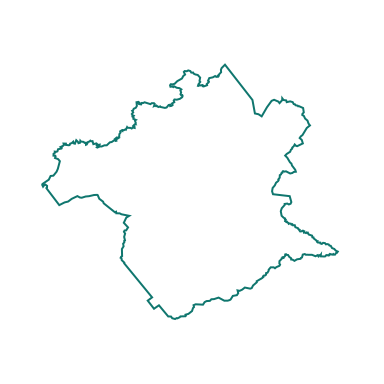 the district of Builsa North, Upper East, Ghana, rotated 247°
{"feature_id": "2480657B79468660523811", "entity_name": "Builsa North", "entity_type": "district", "adm_level": 2, "iso_a3": "GHA", "parent_name": "Ghana", "parent_adm1": "Upper East", "projection": "robinson", "projection_center": [-1.22, 10.711], "detail": "fine", "context": "isolated", "style": "outline", "palette": "teal", "viewbox_px": 384, "rotation_deg": 247, "n_neighbors": 0, "source": "geoboundaries", "source_scale": "gbopen_adm2", "svg_char_len": 5997}
<svg xmlns="http://www.w3.org/2000/svg" viewBox="0 0 384 384"><g transform="rotate(247 192 192)"><path d="M79.3,179.3L78.0,182.5L77.8,184.6L78.0,185.6L80.4,189.0L79.5,193.0L80.8,195.0L83.6,195.5L82.4,197.2L82.5,200.0L83.4,203.3L80.3,207.8L80.2,209.4L82.1,211.7L83.6,216.4L84.6,216.7L85.4,223.1L85.9,224.5L86.6,224.4L87.0,225.5L86.6,226.8L87.0,227.9L88.4,228.5L88.2,229.9L89.6,231.8L90.5,232.2L91.9,235.0L90.7,237.8L89.4,238.6L89.9,240.3L89.9,243.6L90.7,244.7L92.1,244.5L94.2,245.5L95.3,248.2L96.0,248.7L95.6,250.2L96.5,250.2L96.2,251.6L96.9,252.9L98.1,253.4L98.0,254.2L97.3,254.3L96.5,255.8L94.2,256.2L92.4,257.3L91.1,256.9L90.5,258.1L88.6,259.4L89.0,262.4L88.1,265.8L88.7,266.4L88.8,267.7L91.1,269.5L90.8,271.6L89.8,272.2L87.3,277.9L84.6,280.6L84.8,282.8L83.4,283.2L84.2,284.4L83.4,285.1L84.0,286.1L82.5,285.3L80.9,288.7L80.7,289.7L81.4,290.7L81.3,291.6L80.3,292.6L80.9,294.1L80.3,294.1L80.7,295.3L79.5,296.6L79.7,297.8L78.9,298.0L78.5,299.3L79.5,300.5L79.4,301.7L80.2,302.9L81.7,301.5L84.0,300.7L85.7,299.0L88.2,298.7L89.0,297.6L90.3,297.3L91.3,296.0L91.5,294.8L93.0,294.4L94.0,292.8L93.5,291.2L94.5,290.1L95.3,290.3L96.4,288.0L97.1,287.7L97.7,288.2L97.9,287.6L98.7,287.6L101.7,285.9L102.7,286.1L103.3,285.1L104.9,285.5L107.2,282.9L109.2,282.7L109.0,282.2L110.0,281.6L109.7,280.8L111.0,279.7L110.9,279.2L111.5,279.2L112.1,279.9L113.1,279.0L113.1,276.9L113.5,276.1L115.1,275.8L115.3,276.2L116.6,275.3L117.3,275.4L119.2,273.4L121.3,273.6L121.9,271.9L123.1,271.8L123.1,270.8L124.1,270.7L125.0,269.4L124.9,268.6L126.1,268.5L127.4,267.2L127.8,267.6L128.8,266.4L129.9,267.4L130.4,266.8L131.3,267.3L132.5,266.3L135.1,265.2L139.6,266.2L142.0,268.3L143.8,272.2L144.8,272.6L144.1,275.2L142.7,276.3L142.7,278.2L143.9,279.5L150.0,280.3L158.3,265.7L161.4,266.0L164.2,267.8L165.7,270.8L167.7,273.0L168.4,275.5L169.2,276.5L169.9,276.4L170.9,278.3L173.2,279.4L173.4,280.8L174.5,281.8L174.4,282.7L175.4,283.3L175.6,284.0L174.7,284.9L174.3,286.6L170.7,289.6L170.3,291.8L170.7,293.5L170.1,295.5L172.1,295.7L177.3,294.4L179.3,294.6L181.0,293.8L186.3,293.1L189.1,292.0L190.0,294.0L190.7,298.1L192.2,299.5L192.8,301.2L193.7,301.6L194.4,303.6L195.6,305.1L193.8,305.8L193.1,306.7L193.4,313.0L197.0,313.4L199.6,312.2L200.7,313.9L201.2,315.9L206.1,322.7L207.2,326.6L209.4,326.0L212.6,326.2L215.4,324.8L218.3,324.7L219.8,323.6L220.7,324.1L221.6,326.0L225.9,327.1L229.2,324.0L229.4,323.2L230.2,323.0L231.4,321.2L232.4,321.1L233.2,320.0L235.4,319.8L237.1,317.7L237.7,314.3L239.5,314.5L240.9,312.2L243.0,311.7L241.3,310.9L239.6,307.3L241.5,306.8L244.8,303.6L244.8,300.9L240.7,294.1L234.4,285.7L237.6,283.6L239.7,280.6L253.1,283.6L296.3,272.1L294.5,267.7L293.2,266.4L290.9,265.6L289.0,261.4L288.4,261.9L287.9,261.2L288.5,259.3L289.7,258.6L289.4,256.0L290.1,252.4L288.1,250.2L287.1,250.7L286.5,250.3L285.6,247.8L284.4,247.6L284.6,244.0L285.1,243.3L285.8,243.8L286.4,243.4L286.8,241.4L287.8,240.3L287.1,239.5L287.4,239.0L288.7,240.1L290.1,242.6L291.3,242.3L294.1,244.2L297.5,243.0L298.9,241.0L300.3,239.8L301.5,239.7L302.2,238.0L304.0,237.7L305.4,236.0L305.2,234.4L306.2,232.5L305.7,231.4L302.8,231.5L302.2,229.3L300.4,227.1L299.8,221.8L298.4,218.3L298.6,216.4L299.5,214.5L298.8,213.5L297.3,213.3L296.8,215.1L295.9,215.7L296.3,216.8L293.9,218.7L292.5,221.0L290.6,222.3L290.0,221.0L287.9,220.9L286.4,219.6L285.2,219.9L285.0,220.9L284.1,220.9L283.1,220.0L282.5,217.2L282.9,214.1L284.0,212.0L283.3,210.9L281.6,210.8L281.3,208.3L279.6,208.1L279.3,206.8L279.6,205.5L280.9,206.0L281.2,204.5L279.7,201.6L280.0,199.9L282.7,196.1L283.2,196.1L283.4,194.2L285.4,193.1L285.1,192.4L285.9,191.8L285.9,190.6L287.6,192.1L288.6,191.7L289.5,189.6L289.1,188.1L293.1,183.4L293.0,181.9L293.6,180.6L292.5,179.4L293.4,178.0L293.9,178.8L295.5,178.1L295.1,176.9L295.4,176.3L296.1,176.9L296.3,176.0L292.8,174.9L291.5,173.2L291.4,170.9L290.1,169.5L290.1,168.7L288.3,169.0L287.3,167.1L286.2,167.4L285.5,166.9L284.9,168.0L284.2,166.9L283.5,167.4L282.3,166.6L280.3,168.5L280.1,167.4L277.4,167.2L276.7,166.3L276.3,166.4L276.6,165.5L275.8,163.7L274.7,164.6L273.4,164.2L274.4,162.8L274.0,161.3L275.0,160.5L276.3,157.8L277.1,157.6L275.2,155.5L275.7,155.2L275.5,153.5L276.1,152.4L275.4,151.9L276.2,151.4L275.9,149.6L274.7,149.5L273.7,147.8L271.4,146.6L270.7,145.3L271.6,144.1L271.2,142.8L270.3,144.6L270.0,142.7L268.7,142.4L268.9,141.6L270.1,141.4L269.4,137.6L269.8,135.8L268.3,131.8L269.2,129.5L269.2,126.6L269.9,125.0L269.9,122.2L270.3,121.9L270.6,122.8L271.3,122.9L270.9,124.6L271.7,125.4L272.5,122.7L273.4,123.3L274.1,123.0L274.6,119.9L277.7,120.3L278.0,119.1L279.0,118.5L278.5,117.3L278.7,115.9L276.9,113.7L276.9,112.9L278.8,113.6L279.2,112.3L280.5,111.8L281.8,109.5L282.8,109.2L281.1,108.1L281.3,106.6L282.7,106.6L284.9,105.7L282.2,103.1L283.0,102.1L284.7,102.3L284.0,100.5L284.1,98.7L283.1,97.8L283.1,97.0L284.7,94.2L285.8,94.8L286.8,92.7L285.5,92.5L284.9,91.5L284.8,88.6L283.4,89.3L283.0,88.8L283.7,85.4L282.0,84.0L282.0,82.9L282.8,81.5L281.7,81.2L281.3,79.5L279.6,78.7L278.9,80.3L278.2,80.4L276.8,79.2L274.6,81.6L272.0,82.4L265.8,77.6L263.6,75.3L261.2,70.8L262.0,68.1L259.3,65.0L257.8,57.5L257.1,56.9L255.1,57.0L256.0,58.6L256.1,59.9L254.3,61.0L252.8,60.3L252.5,59.5L251.5,59.7L231.8,64.7L232.2,70.7L231.6,74.2L232.7,78.6L233.0,84.9L230.7,86.7L229.8,88.3L229.4,92.4L228.4,95.5L227.5,100.7L226.4,103.6L225.9,104.0L222.0,104.0L217.8,106.4L216.1,106.3L203.5,113.1L203.5,114.4L202.0,114.0L200.6,117.1L199.1,118.3L194.6,124.9L194.1,121.5L190.3,117.2L184.4,119.3L182.4,116.4L182.9,114.9L182.0,113.8L179.9,114.2L177.2,112.0L173.6,111.4L173.5,110.5L172.1,110.0L171.3,108.4L168.7,107.8L166.9,105.2L160.3,102.6L160.1,101.5L159.3,100.6L158.5,101.2L156.7,100.7L153.4,102.1L152.9,101.7L110.6,114.1L109.3,108.8L99.4,111.4L100.6,117.3L86.7,121.5L85.6,124.0L83.5,124.5L81.7,126.8L81.9,128.6L81.4,129.2L81.5,131.8L82.0,132.7L80.2,137.4L80.5,138.0L81.6,138.1L81.2,141.1L82.4,145.5L84.8,147.6L85.3,148.9L87.2,149.2L87.2,151.5L84.0,158.1L85.7,160.6L85.9,162.8L84.8,165.9L85.7,167.9L84.8,170.4L84.4,175.2L79.3,179.3Z" fill="none" stroke="#0f766e" stroke-width="2"/></g></svg>